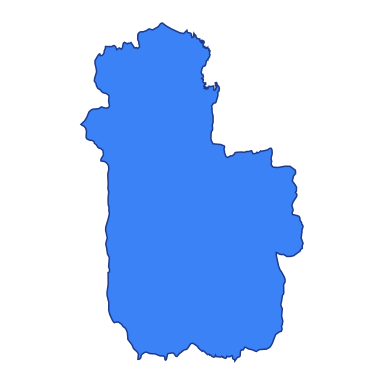 outline of Soppeng, Sulawesi Selatan, Indonesia
{"feature_id": "22746128B93867843889604", "entity_name": "Soppeng", "entity_type": "district", "adm_level": 2, "iso_a3": "IDN", "parent_name": "Indonesia", "parent_adm1": "Sulawesi Selatan", "projection": "equal_earth", "projection_center": [119.925, -4.319], "detail": "fine", "context": "isolated", "style": "filled", "palette": "blue", "viewbox_px": 384, "rotation_deg": 0, "n_neighbors": 0, "source": "geoboundaries", "source_scale": "gbopen_adm2", "svg_char_len": 5901}
<svg xmlns="http://www.w3.org/2000/svg" viewBox="0 0 384 384"><path d="M137.9,359.3L139.1,359.3L140.4,358.4L140.9,357.5L141.1,355.7L141.6,354.5L145.0,352.2L146.6,352.2L149.9,353.6L155.1,353.9L160.1,355.9L163.6,356.0L164.7,356.8L165.0,359.7L165.7,360.1L166.4,359.3L167.6,354.1L168.1,353.6L172.0,352.9L173.3,353.1L174.0,353.6L175.8,356.2L176.9,356.5L179.2,353.8L184.0,350.0L186.7,349.3L187.8,348.1L190.4,344.1L191.1,343.5L192.2,343.3L193.5,343.6L197.3,346.2L198.7,348.3L201.9,351.1L202.2,351.3L203.2,350.6L203.5,350.8L207.5,354.6L209.0,354.2L209.7,355.2L210.7,355.0L211.5,356.1L213.4,357.1L214.8,356.9L215.5,355.1L216.4,356.6L220.8,357.1L221.7,356.2L222.4,356.6L222.7,357.3L223.5,357.2L223.9,357.9L225.7,358.3L226.2,357.9L226.9,356.2L227.8,356.7L230.0,356.7L231.7,355.6L232.1,355.7L232.4,356.2L232.7,358.5L233.4,359.2L234.6,359.6L234.8,361.0L237.3,357.5L239.7,356.6L240.2,355.4L240.4,351.6L240.8,350.7L241.1,350.1L243.2,349.9L244.8,347.2L245.9,347.4L248.3,348.9L252.0,349.7L256.3,351.5L259.3,349.6L266.6,349.1L269.7,347.3L270.7,346.1L272.2,343.5L275.7,334.4L279.2,332.0L281.4,331.2L282.1,329.1L281.5,326.2L282.3,324.6L282.8,321.0L281.6,316.0L282.3,308.6L281.1,306.2L280.8,304.0L281.4,302.1L282.5,295.3L283.5,294.0L283.8,292.4L283.6,285.2L283.9,284.0L285.0,282.2L285.1,279.8L284.4,277.3L281.4,271.7L280.1,270.0L278.6,266.2L276.4,256.0L276.2,252.5L277.7,253.0L279.3,254.1L281.6,254.6L283.4,254.4L287.0,256.5L290.9,256.4L293.8,255.6L299.5,251.5L300.4,250.6L300.5,249.5L302.3,248.4L302.2,245.7L303.1,243.4L301.2,238.2L301.5,234.7L301.9,232.6L302.0,229.8L303.0,226.9L302.8,225.4L301.8,224.2L301.4,222.2L300.2,220.7L299.8,217.7L299.0,216.4L297.8,215.8L292.6,214.5L292.1,213.1L292.1,212.5L293.0,211.0L293.1,209.7L292.0,206.0L292.0,204.9L293.0,202.1L296.5,196.7L296.9,195.0L296.8,194.3L295.3,192.2L296.4,191.2L296.5,187.2L295.2,184.9L292.3,181.0L293.5,176.1L295.6,173.5L295.4,170.2L290.0,166.3L285.4,166.2L277.9,167.5L273.4,167.2L272.7,166.8L271.6,165.3L271.1,163.9L271.7,161.4L271.0,158.2L272.2,153.6L272.0,150.0L271.4,148.6L271.0,148.2L269.5,148.5L267.7,149.8L265.2,150.5L261.7,151.2L260.7,150.9L258.8,152.6L257.7,152.9L257.2,152.3L256.8,152.3L256.3,153.1L254.4,153.7L253.0,153.7L251.6,150.8L251.1,150.7L249.0,151.5L246.6,151.5L244.5,152.3L240.9,152.0L235.7,152.4L235.0,152.8L234.2,154.2L233.1,155.2L231.8,155.9L230.5,155.9L227.5,157.5L225.9,156.4L224.5,152.6L224.4,150.5L223.9,149.3L224.6,147.0L224.2,145.9L220.6,144.5L213.0,143.8L211.3,140.6L210.9,138.6L211.1,133.7L211.5,130.9L212.2,130.6L212.6,129.6L212.5,126.2L212.1,125.6L213.1,122.4L213.1,118.0L212.8,117.4L213.2,116.6L212.1,112.2L212.0,108.2L211.6,106.0L213.6,103.2L215.5,102.8L215.9,102.3L217.9,95.7L217.9,93.5L217.6,92.5L219.0,91.1L219.4,88.6L219.0,86.9L217.2,84.8L216.9,83.6L215.9,83.4L216.8,83.2L216.7,82.7L216.3,82.5L215.3,82.7L215.5,84.4L216.0,84.8L215.9,85.3L215.4,85.8L215.9,86.1L216.7,85.6L216.7,87.1L215.8,88.1L215.6,89.5L214.8,90.3L213.6,89.8L213.9,88.0L213.4,86.0L210.8,86.6L209.0,86.2L207.9,88.5L207.4,88.2L207.7,87.8L207.5,87.2L207.0,87.3L206.7,89.0L206.4,89.2L205.8,87.9L205.0,88.6L204.4,88.3L205.0,87.9L205.0,87.3L205.5,87.1L205.0,86.6L204.8,87.0L204.1,87.1L203.9,86.0L204.6,84.6L205.0,84.8L205.7,84.4L205.6,82.9L205.3,82.7L204.8,83.1L204.0,83.0L203.0,81.8L202.8,81.1L203.3,80.2L203.3,79.2L202.0,78.9L201.7,78.3L202.6,78.0L203.3,76.9L203.4,76.2L203.0,75.6L202.9,74.5L202.0,74.5L201.2,72.8L201.8,69.1L202.7,67.1L203.3,66.3L204.7,66.0L204.8,65.5L205.4,65.3L206.5,60.8L207.4,60.0L207.9,60.0L208.1,58.6L209.0,57.7L209.7,56.0L210.0,54.5L209.4,53.8L210.0,50.7L209.8,50.5L209.3,50.9L208.7,50.5L209.0,49.2L208.7,48.6L207.7,48.4L207.7,47.3L207.3,47.6L206.4,47.5L206.1,48.4L205.5,48.4L205.4,47.5L204.6,47.4L204.6,46.4L203.3,46.8L203.3,45.6L202.8,44.5L204.1,42.8L203.8,42.2L204.1,41.9L204.0,41.4L203.7,41.2L203.2,41.7L203.1,40.7L201.9,40.2L201.6,40.7L202.1,42.8L201.6,43.0L200.2,41.3L200.2,40.5L199.8,40.5L199.7,38.9L198.2,38.9L196.8,38.3L196.7,37.5L195.7,36.7L195.9,36.0L195.5,35.0L194.9,35.0L193.9,33.3L193.6,34.7L194.1,36.0L193.7,36.2L193.0,37.4L191.9,37.5L191.8,36.0L191.0,35.5L191.4,34.7L191.0,33.5L190.5,33.1L187.7,32.6L187.4,32.2L186.9,30.3L183.7,33.5L179.9,32.8L171.3,28.9L166.5,26.1L162.3,23.0L160.6,23.6L158.4,26.6L152.6,29.9L149.0,28.9L146.3,30.7L143.4,31.7L140.2,31.9L138.4,33.3L137.8,34.8L137.7,38.7L137.9,40.2L138.8,41.8L138.9,43.9L139.6,46.5L139.3,47.1L137.7,48.5L136.7,47.6L134.6,48.0L131.0,42.5L129.7,43.3L128.3,43.2L127.2,43.8L124.4,42.3L123.4,43.1L122.3,48.1L121.3,49.3L119.6,48.0L119.0,48.0L116.8,49.7L115.6,46.7L114.3,45.6L113.4,45.6L111.8,46.6L105.5,46.5L105.4,48.3L104.2,50.9L104.1,52.8L103.1,54.5L102.1,55.4L100.9,55.7L100.2,55.4L99.9,54.0L99.4,53.9L98.1,55.3L95.0,60.6L95.0,63.5L96.2,68.6L96.6,72.0L94.7,78.0L94.3,81.0L95.9,83.3L96.5,85.8L97.9,88.5L99.6,89.3L102.6,92.5L106.4,93.6L108.7,95.3L109.0,96.4L108.6,101.2L109.5,106.0L108.5,107.5L107.5,107.9L105.3,108.1L101.4,106.9L98.6,108.7L92.7,109.2L91.1,110.0L89.0,111.9L86.9,117.1L84.7,120.8L80.9,124.4L82.2,125.4L83.9,126.1L85.6,128.2L86.5,131.2L86.1,137.1L86.4,138.2L86.9,138.9L89.9,140.3L92.0,140.4L93.7,141.3L94.1,142.0L94.4,143.3L96.2,144.6L97.9,147.3L99.0,148.2L100.3,148.3L102.7,150.2L103.1,151.2L103.4,155.0L101.1,158.9L100.8,160.3L101.0,161.0L104.4,161.5L105.7,162.2L107.3,163.7L108.6,166.0L108.8,169.5L107.9,173.4L107.8,175.3L108.2,183.8L107.9,188.6L108.7,191.9L108.1,198.1L108.1,202.0L108.3,205.1L109.0,207.1L108.9,211.2L109.3,212.4L109.3,214.2L108.1,219.3L105.8,227.0L105.6,230.1L107.3,238.0L106.2,241.8L105.8,244.3L106.6,247.9L107.5,254.0L109.2,257.3L109.3,258.3L108.6,266.9L109.2,268.3L109.6,270.4L109.1,272.3L108.1,272.5L108.2,284.3L107.0,292.6L107.2,295.9L108.8,302.5L108.7,310.1L109.8,314.5L111.2,317.7L112.8,321.0L114.3,322.7L115.9,322.1L118.5,322.1L121.6,324.3L122.9,326.3L125.3,328.2L126.2,329.5L127.4,332.7L127.9,339.4L131.9,344.7L133.6,348.6L137.1,351.8L138.3,353.6L138.4,354.4L137.9,359.3Z" fill="#3b82f6" stroke="#1e3a8a" stroke-width="1.5"/></svg>